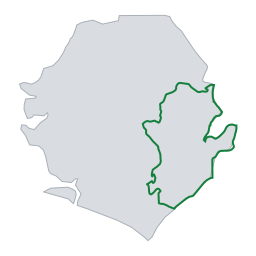 Eastern on a map of Sierra Leone (Albers equal-area conic projection)
{"feature_id": "SLE-790", "entity_name": "Eastern", "entity_type": "Province", "adm_level": 1, "iso_a3": "SLE", "parent_name": "Sierra Leone", "parent_adm1": "", "projection": "albers", "projection_center": [-11.073, 8.208], "detail": "fine", "context": "in_parent", "style": "outline", "palette": "green", "viewbox_px": 256, "rotation_deg": 0, "n_neighbors": 0, "source": "natural_earth", "source_scale": "10m", "svg_char_len": 5284}
<svg xmlns="http://www.w3.org/2000/svg" viewBox="0 0 256 256"><path d="M236.4,125.5L236.2,127.8L234.1,138.2L230.9,147.2L228.7,149.4L219.6,151.8L215.7,155.7L212.3,168.5L210.2,178.5L207.0,180.1L193.5,194.6L184.7,200.1L178.5,204.8L172.7,210.9L165.3,216.9L157.4,226.9L151.8,237.4L147.9,240.6L145.1,237.7L131.6,227.3L117.5,220.4L87.3,208.8L77.3,205.5L77.6,201.4L81.1,193.9L75.5,185.1L77.7,178.7L75.6,178.7L71.2,182.6L62.0,181.4L56.0,175.9L51.0,173.9L48.8,171.1L45.7,156.6L43.4,150.0L38.8,145.9L29.6,144.9L25.8,136.0L20.8,129.2L21.6,124.9L25.8,125.2L29.0,128.3L34.3,129.6L40.9,122.2L46.8,118.2L48.1,114.7L47.4,112.8L43.9,115.8L34.1,114.9L31.7,117.6L27.4,118.5L24.1,109.8L24.2,104.7L25.7,99.0L35.5,98.1L36.3,96.3L29.5,95.1L21.1,88.5L19.6,84.0L23.8,82.5L27.8,83.2L31.3,84.2L35.1,82.6L38.6,80.1L40.8,77.0L43.7,68.5L52.9,65.7L58.3,60.5L63.5,52.5L65.9,46.8L68.0,44.0L69.3,41.6L70.3,38.9L72.7,36.4L75.1,30.4L76.8,25.0L82.0,22.4L92.8,20.1L102.6,24.1L118.4,20.7L119.2,15.6L133.6,15.5L150.8,15.4L165.0,15.4L169.9,16.7L171.7,20.6L176.3,26.5L181.2,30.7L187.3,39.8L194.4,50.4L202.0,59.9L206.9,65.1L207.5,66.9L207.1,69.0L204.7,73.8L202.7,79.1L202.9,81.1L204.3,82.0L212.3,83.7L213.1,89.5L213.1,97.6L217.0,105.2L220.7,110.8L220.5,112.8L211.5,122.3L207.9,131.7L206.2,134.4L205.4,136.5L207.3,137.5L209.7,136.8L213.2,137.6L216.6,137.9L221.0,134.5L228.3,125.8L230.8,124.8L236.4,125.5ZM74.3,201.8L73.3,203.7L68.5,199.0L43.6,191.9L50.7,188.2L68.0,187.2L73.1,189.4L75.4,191.2L76.2,194.6L74.3,201.8Z" fill="#d9dde1" stroke="#a8b0b8" stroke-width="1"/><path d="M214.0,85.0L213.0,89.5L212.6,92.0L212.8,97.3L212.9,98.0L213.5,100.1L213.6,100.4L213.5,101.2L213.5,101.5L213.8,101.8L214.3,102.1L214.5,102.3L217.4,106.2L218.5,107.0L218.9,107.7L222.0,111.9L221.5,113.4L220.5,114.8L219.1,115.8L217.5,115.9L216.0,116.2L214.6,117.4L213.5,118.9L212.3,121.1L211.2,122.1L210.7,123.0L210.5,124.0L210.6,124.8L210.4,125.4L209.6,125.5L208.5,131.8L207.5,133.6L206.2,135.1L204.5,137.6L203.8,140.0L205.2,141.3L205.8,138.8L207.2,137.3L209.2,136.6L211.6,136.7L212.7,137.2L214.7,138.5L215.5,138.7L216.8,138.2L219.4,136.5L223.6,132.3L224.5,131.2L226.2,127.6L226.9,126.6L227.8,125.8L228.7,125.2L229.8,124.8L232.0,124.5L232.4,124.5L234.4,125.1L235.0,125.4L235.6,125.6L236.4,125.5L236.4,129.3L234.2,138.2L232.9,141.0L232.8,142.7L233.3,144.7L233.9,146.2L233.7,147.5L231.9,149.3L230.5,150.1L229.1,150.5L227.6,150.7L221.8,150.8L220.4,151.0L218.7,151.8L217.6,153.2L215.9,156.3L215.2,157.0L213.3,158.0L212.7,158.6L212.4,159.3L212.3,160.1L212.5,177.8L210.8,178.0L210.3,178.2L206.9,180.1L204.2,182.4L194.5,194.2L193.8,195.1L192.9,195.8L192.0,196.2L189.2,196.8L186.3,198.5L175.6,207.0L174.3,208.7L174.2,208.7L168.9,206.6L167.1,205.5L164.6,204.4L162.7,203.9L161.8,203.8L160.9,203.8L160.0,203.6L159.2,203.4L158.9,203.2L158.8,202.9L158.9,201.3L158.7,199.6L158.7,198.0L158.7,197.6L158.5,194.3L158.6,193.5L158.7,193.0L160.4,191.2L160.5,191.0L159.4,189.5L159.2,189.3L158.9,189.0L158.5,188.9L158.2,188.8L157.7,188.8L157.3,188.8L156.7,189.2L156.1,189.6L153.8,192.3L152.2,193.7L151.9,194.0L151.6,194.1L151.2,194.3L150.8,194.3L150.5,194.2L150.1,194.0L149.8,193.9L149.4,193.0L149.1,191.4L148.8,187.4L148.5,185.8L148.1,184.8L147.3,184.5L147.1,184.4L147.1,184.2L149.1,183.0L151.4,181.4L151.7,181.2L152.0,181.2L152.2,181.5L152.3,181.8L152.6,182.5L152.8,182.8L153.2,182.8L153.5,182.8L153.8,182.6L154.1,182.3L154.5,181.7L154.8,181.0L155.0,179.3L155.2,178.9L155.3,178.6L155.4,178.2L155.3,177.7L154.1,174.6L153.9,174.4L153.7,174.5L152.4,176.1L152.2,176.3L151.9,176.0L151.8,175.4L151.9,173.6L152.6,170.3L152.7,169.9L152.9,169.6L157.6,166.2L157.9,166.0L158.7,165.0L159.3,164.6L159.6,164.4L159.8,164.1L160.0,163.8L160.3,163.1L160.7,161.6L160.8,160.8L160.7,160.0L160.5,158.0L160.4,155.3L160.2,153.8L158.4,148.9L158.3,148.5L158.2,148.1L158.2,147.7L158.3,147.5L158.3,147.1L158.1,146.6L157.6,145.9L152.7,141.0L149.6,137.0L148.4,135.8L148.1,135.6L146.5,134.2L146.3,133.7L146.1,133.1L146.0,132.0L146.2,130.7L146.1,130.3L145.8,129.7L144.8,128.5L144.1,127.9L143.6,126.9L142.8,123.9L144.4,122.4L145.6,121.6L146.0,121.4L146.5,121.2L147.3,121.1L147.9,121.1L148.3,121.1L149.4,121.5L149.8,121.6L150.2,121.6L150.7,121.6L154.3,120.7L154.7,120.7L155.0,120.8L155.3,121.0L155.9,121.4L156.2,121.6L156.6,121.7L156.9,121.7L157.3,121.9L157.5,122.0L157.8,122.3L158.1,122.5L158.4,122.6L158.8,122.6L159.2,122.3L159.6,121.7L160.0,120.9L160.9,118.0L160.9,117.8L160.9,117.5L160.9,117.2L160.7,116.8L160.3,116.2L160.2,115.9L160.1,115.5L160.3,114.8L161.0,112.5L161.2,111.7L161.2,111.3L161.1,110.9L160.9,110.5L160.5,109.9L160.4,109.6L160.3,109.2L160.4,107.4L160.1,104.3L160.2,104.0L160.4,103.7L160.7,103.4L162.4,102.3L163.0,101.8L163.5,101.2L163.7,100.9L164.4,99.2L165.8,95.1L165.9,94.8L166.2,94.5L166.8,94.2L172.1,92.3L172.8,92.0L174.9,90.6L175.4,90.1L175.8,89.5L175.9,89.1L176.1,88.8L176.1,88.4L176.2,87.0L176.4,86.2L176.7,85.5L177.5,84.2L178.0,83.7L178.4,83.4L179.1,83.1L179.6,83.0L180.2,82.9L187.5,83.9L188.2,84.0L188.7,84.2L189.7,85.2L191.0,86.9L191.5,87.4L192.3,88.0L197.0,91.4L198.0,91.9L198.4,92.0L199.0,92.1L199.8,92.0L202.0,91.4L202.4,91.3L202.9,91.3L204.5,91.6L205.4,91.7L206.3,91.6L206.8,91.5L207.2,91.1L207.7,90.4L207.7,90.0L207.5,89.6L206.1,88.9L205.8,88.7L205.6,88.5L205.6,88.3L205.6,88.1L210.0,85.2L211.2,84.9L214.0,85.0L214.0,85.0Z" fill="none" stroke="#15803d" stroke-width="2"/></svg>